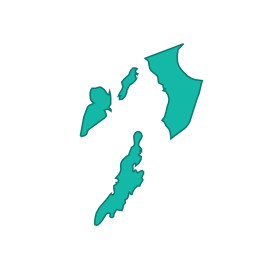 outline of Surigao del Norte, rotated 209°
{"feature_id": "PHL-2593", "entity_name": "Surigao del Norte", "entity_type": "Province", "adm_level": 1, "iso_a3": "PHL", "parent_name": "Philippines", "parent_adm1": "", "projection": "equal_earth", "projection_center": [125.751, 9.888], "detail": "fine", "context": "isolated", "style": "filled", "palette": "teal", "viewbox_px": 256, "rotation_deg": 209, "n_neighbors": 0, "source": "natural_earth", "source_scale": "10m", "svg_char_len": 3300}
<svg xmlns="http://www.w3.org/2000/svg" viewBox="0 0 256 256"><g transform="rotate(209 128 128)"><path d="M85.9,205.5L85.5,203.0L82.7,193.1L82.4,191.3L82.0,187.8L77.2,164.1L77.1,160.9L77.5,157.8L78.3,154.9L84.7,141.0L85.2,139.3L86.7,141.7L88.9,144.5L91.4,146.8L95.7,148.4L99.4,150.9L102.0,151.2L101.4,155.4L102.5,160.4L104.0,165.5L104.8,169.9L106.1,173.1L109.1,176.4L112.7,178.3L115.5,177.7L115.3,178.3L115.2,178.9L115.0,179.5L114.5,180.2L116.3,180.1L117.2,180.9L118.1,182.6L119.4,182.6L122.2,182.3L123.4,182.6L125.9,186.2L127.0,187.3L128.3,187.9L135.8,189.3L138.3,191.1L142.6,196.4L143.9,196.9L145.5,196.8L146.9,197.2L120.2,228.6L121.7,223.3L122.2,220.5L121.3,218.5L120.5,216.0L119.8,214.6L116.6,209.7L115.4,208.4L113.6,206.9L111.8,205.8L106.3,203.6L101.3,202.4L96.9,202.1L92.7,202.8L85.9,205.5ZM119.0,123.7L119.3,126.8L118.3,129.1L116.4,130.3L113.7,129.7L111.7,127.7L111.4,125.1L111.5,122.1L111.0,118.9L109.8,117.6L106.1,116.1L104.8,114.1L106.1,114.1L106.5,114.1L105.4,113.1L104.9,112.2L105.0,111.4L105.7,110.5L105.7,109.4L102.5,109.5L101.3,106.6L101.5,102.3L103.0,98.5L103.6,100.0L104.5,100.6L105.3,100.1L105.7,97.9L105.3,97.0L103.6,94.2L103.0,92.5L102.0,92.5L101.4,94.7L100.6,94.9L99.5,94.1L98.1,93.6L97.3,94.5L96.3,96.2L95.0,97.6L93.2,97.3L92.2,95.5L92.2,93.1L91.8,91.0L90.1,90.2L89.8,89.2L89.9,84.7L89.6,83.0L91.6,81.8L92.7,78.6L93.0,74.9L92.3,72.0L93.3,71.4L94.2,71.5L95.1,72.2L95.9,73.3L95.5,70.6L94.6,68.2L94.4,65.9L95.9,63.8L95.3,63.3L95.0,62.7L94.7,62.1L94.1,61.3L94.6,58.6L93.6,55.4L93.3,52.8L96.4,51.7L98.0,51.4L98.6,50.4L98.6,46.3L98.3,45.0L97.9,44.2L97.8,43.4L98.6,42.0L99.3,41.6L100.2,41.6L100.9,41.9L101.7,44.0L102.7,44.4L103.9,44.1L104.8,43.3L105.4,41.6L105.7,34.9L106.6,30.6L107.3,28.8L108.4,27.7L109.9,27.4L110.9,28.4L112.8,32.5L114.5,38.3L114.4,44.5L111.9,56.5L111.4,60.9L111.0,62.5L110.6,62.0L109.5,61.8L108.5,62.5L108.4,64.8L109.4,66.3L111.3,68.3L112.3,70.7L111.0,73.3L111.9,74.5L110.4,75.6L110.8,77.4L112.4,78.6L114.5,78.1L113.5,82.9L113.4,85.9L114.1,88.3L116.3,91.8L117.1,94.0L117.3,96.1L116.9,98.3L116.0,101.1L115.0,103.5L114.1,104.5L114.5,105.7L115.5,112.8L114.0,115.6L115.2,118.5L117.4,121.2L119.0,123.7ZM177.0,138.2L178.1,140.3L178.9,143.0L178.7,145.4L175.7,146.9L173.5,149.3L172.4,150.1L171.1,150.5L167.6,150.1L162.6,147.7L160.9,147.6L161.8,151.2L159.9,149.2L158.0,146.5L154.7,140.5L154.6,139.7L154.9,139.0L155.0,138.1L154.7,136.9L153.9,136.3L152.9,136.3L151.9,136.0L151.0,134.5L152.8,134.7L154.6,134.5L156.1,133.7L157.3,132.0L155.9,131.2L154.1,129.8L152.8,127.9L153.3,125.5L161.3,108.5L161.8,106.9L161.8,105.2L161.4,103.7L161.3,102.1L162.3,100.3L164.8,97.9L166.0,98.5L171.9,116.0L173.4,125.4L173.4,127.3L172.8,129.2L170.8,131.6L169.9,133.3L172.4,133.7L174.1,134.5L175.4,135.9L177.0,138.2ZM154.2,163.3L155.7,164.9L155.2,168.5L152.9,175.3L153.5,177.3L153.4,180.2L152.7,182.7L151.5,183.7L149.5,184.3L148.6,184.2L149.4,181.5L148.5,180.5L147.1,180.1L145.7,180.2L145.7,179.0L147.1,179.0L147.5,179.0L147.5,177.7L144.8,175.3L144.8,176.6L144.5,175.0L144.6,173.2L145.7,169.4L146.3,168.2L146.8,167.7L147.2,167.2L147.5,165.6L147.5,164.1L147.3,162.1L147.5,160.9L146.2,158.2L146.0,154.0L147.0,150.3L149.3,148.8L150.0,150.1L150.3,151.0L150.2,152.5L151.5,151.7L151.9,151.2L152.2,154.1L152.0,158.1L152.3,161.7L154.2,163.3Z" fill="#14b8a6" stroke="#0f766e" stroke-width="1.5"/></g></svg>